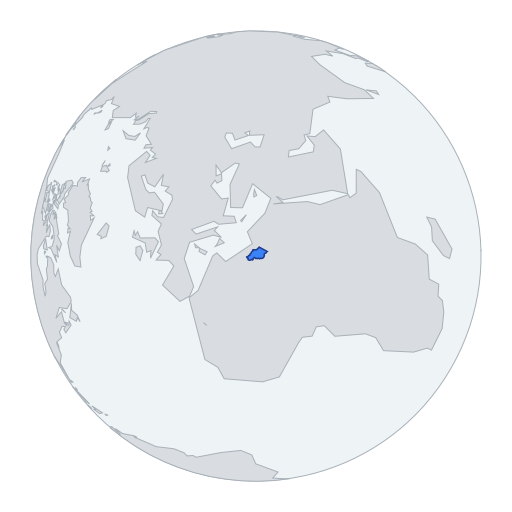 Al Jufrah highlighted on a globe, orthographic projection, rotated 300°
{"feature_id": "LBY-2964", "entity_name": "Al Jufrah", "entity_type": "Municipality", "adm_level": 1, "iso_a3": "LBY", "parent_name": "Libya", "parent_adm1": "", "projection": "orthographic", "projection_center": [16.482, 27.933], "detail": "fine", "context": "on_globe", "style": "filled", "palette": "blue", "viewbox_px": 512, "rotation_deg": 300, "n_neighbors": 0, "source": "natural_earth", "source_scale": "10m", "svg_char_len": 10871}
<svg xmlns="http://www.w3.org/2000/svg" viewBox="0 0 512 512"><g transform="rotate(300 256 256)"><circle cx="256" cy="256" r="225" fill="#eef3f6" stroke="#a8b0b8"/><path d="M260.1,30.8L251.2,30.9L251.4,31.0L258.4,30.9L263.4,31.3L253.1,31.3L260.7,32.1L247.3,33.9L219.2,36.5L212.4,39.7L185.3,48.8L188.5,48.8L180.3,53.1L180.9,54.9L175.7,56.7L180.7,56.8L185.4,54.8L189.1,54.4L189.9,55.5L183.4,57.7L182.1,57.5L180.6,58.7L177.0,59.5L179.2,59.8L171.2,62.7L180.2,61.6L174.8,65.5L169.2,67.0L168.4,64.5L153.5,63.9L147.6,65.8L140.1,70.5L128.8,83.5L122.8,87.0L115.7,93.5L119.6,92.3L126.5,86.9L131.9,86.9L139.8,81.0L143.1,80.4L151.7,75.8L151.8,79.3L147.2,85.3L140.1,89.5L137.9,92.5L145.9,91.2L133.7,102.2L127.7,115.7L124.4,118.7L115.9,118.7L113.0,111.4L102.0,113.9L110.5,115.4L102.1,123.7L101.3,126.7L102.6,128.4L106.3,126.6L103.8,130.4L94.4,129.7L96.5,126.2L99.5,126.3L98.1,123.2L91.7,123.9L88.0,128.6L82.3,126.5L79.5,130.1L76.8,132.1L81.5,126.3L72.8,137.0L65.6,139.9L53.6,159.8L63.9,140.5L66.6,135.0L68.8,130.7L66.8,133.8L68.6,131.0L78.0,117.9L88.3,105.6L99.5,94.0L111.5,83.2L124.2,73.3L137.5,64.4L151.5,56.4L166.0,49.5L181.0,43.6L196.4,38.8L212.1,35.0L227.9,32.5L244.0,31.0L260.1,30.8ZM34.5,215.2L33.6,220.1L35.0,215.2L36.1,216.3L33.7,227.9L36.2,220.5L35.5,229.2L39.2,239.9L38.3,241.7L41.0,264.9L48.0,281.2L49.6,292.1L48.4,296.2L51.7,301.2L51.8,304.8L68.5,324.2L80.0,340.0L81.6,351.9L75.9,359.7L79.9,383.1L72.1,381.5L76.3,390.1L80.1,396.7L70.5,383.8L61.8,370.2L54.2,356.1L47.6,341.4L42.0,326.4L37.5,310.9L34.2,295.2L31.9,279.2L30.8,263.2L30.9,247.1L32.1,231.1L34.5,215.2ZM50.4,165.9L44.7,185.9L44.7,181.1L45.3,180.4L47.4,173.8L50.2,165.4L51.1,162.3L50.4,165.9ZM55.1,159.9L55.8,157.3L55.6,159.0L55.1,159.9ZM151.0,74.3L151.3,75.1L149.6,75.5L151.0,74.3ZM154.5,71.8L152.2,71.8L153.5,70.7L154.9,70.7L154.5,71.8ZM266.7,31.0L270.2,31.3L265.1,31.0L266.7,31.0ZM156.9,72.2L156.1,68.6L158.5,66.7L165.6,65.3L156.9,72.2ZM271.3,31.5L279.9,32.8L283.0,32.8L278.9,33.9L273.0,32.1L266.2,31.5L270.7,31.7L271.3,31.5ZM186.5,53.8L181.6,55.9L184.9,53.3L186.5,53.8ZM187.7,52.3L192.7,46.1L200.3,44.0L197.1,46.3L206.4,43.2L207.7,45.2L202.9,47.4L197.7,48.2L202.1,48.4L187.7,52.3ZM275.3,34.6L276.1,35.2L273.6,34.6L275.3,34.6ZM190.8,54.0L191.2,52.7L197.8,50.8L198.4,53.0L196.0,52.9L190.8,54.0ZM208.2,41.6L213.2,40.8L215.7,42.1L218.0,42.1L208.4,45.1L208.2,41.6ZM194.9,53.9L198.5,54.2L196.1,56.2L191.0,55.1L194.9,53.9ZM199.3,49.4L202.5,48.7L200.9,49.7L199.3,49.4ZM189.6,64.4L189.8,62.5L193.3,61.2L189.6,64.4ZM200.0,54.2L200.8,53.6L202.2,53.0L204.0,53.7L200.0,54.2ZM210.8,46.0L210.7,46.9L214.8,44.8L216.8,46.0L210.0,47.9L213.8,47.6L214.4,48.0L208.2,49.2L210.8,46.0ZM210.0,52.7L202.1,56.1L200.9,59.7L197.8,60.8L200.3,55.0L210.0,52.7ZM209.5,50.5L209.1,52.1L205.4,52.4L203.4,51.7L209.5,50.5ZM220.6,46.3L219.3,43.9L220.8,43.6L220.6,46.3ZM210.4,53.6L212.3,52.8L210.7,53.8L210.4,53.6ZM218.3,48.3L217.6,47.4L219.3,47.1L218.3,48.3ZM216.6,52.1L214.1,53.1L212.6,52.5L216.6,52.1ZM218.0,50.3L220.5,50.1L213.6,51.6L217.4,49.9L218.0,50.3ZM220.0,48.2L220.8,47.7L220.0,48.6L220.0,48.2ZM223.6,54.1L215.3,56.2L212.1,54.8L220.6,52.8L223.6,54.1ZM339.2,46.6L336.3,45.6L311.0,38.1L321.7,40.9L320.4,40.9L324.9,42.4L332.3,44.7L332.5,44.6L350.1,53.6L370.2,64.3L366.0,60.6L369.1,61.7L388.3,73.7L417.6,99.6L422.1,103.8L423.5,105.3L427.9,110.3L430.7,113.8L424.9,107.1L424.4,107.2L420.4,103.0L425.7,110.4L420.2,104.7L427.0,113.8L430.7,116.9L428.0,112.0L436.2,123.1L440.8,127.6L447.5,137.5L460.9,163.0L465.2,176.0L466.7,180.0L465.2,178.9L468.0,189.8L474.9,204.7L476.4,210.8L478.7,228.6L477.8,224.3L473.8,221.3L476.6,237.2L479.8,243.3L481.0,255.7L480.1,255.8L478.5,245.3L476.9,243.8L474.8,230.4L468.7,214.4L467.5,222.6L465.2,214.9L456.6,204.3L453.6,215.9L450.5,246.2L454.1,266.7L451.2,279.0L437.7,256.3L430.2,238.3L426.3,243.0L411.6,232.0L388.9,241.4L384.9,237.1L380.8,241.4L370.3,239.4L363.9,232.0L357.9,234.5L374.9,253.6L381.2,251.0L385.4,240.1L389.0,247.6L399.0,251.5L390.8,275.6L355.8,304.2L351.1,289.2L317.9,250.9L318.2,245.7L318.0,245.1L317.5,244.2L315.8,252.8L309.7,244.9L328.8,273.2L332.5,285.8L355.3,305.3L353.5,308.2L360.5,311.4L381.2,299.5L381.6,304.7L372.6,331.3L342.7,369.2L346.0,387.9L342.7,404.1L322.6,417.6L322.9,428.4L312.3,433.7L310.6,439.7L301.3,446.7L286.2,453.5L262.2,455.0L261.8,450.3L251.6,440.6L237.8,413.8L245.1,400.6L243.4,389.8L225.9,364.4L229.8,350.0L224.8,343.6L214.7,344.7L208.8,336.8L202.6,336.2L163.0,336.7L150.3,324.6L133.8,289.9L140.5,278.6L140.8,263.5L186.3,218.9L197.1,223.1L234.3,218.5L239.1,220.5L236.0,232.5L264.8,246.7L272.7,236.4L297.6,242.3L313.4,240.0L316.9,216.9L291.0,220.2L285.3,209.8L305.0,197.7L327.5,195.6L326.0,191.5L310.8,184.4L314.8,175.9L305.4,181.4L310.0,185.0L304.2,188.8L299.6,185.8L301.2,182.7L294.2,181.7L288.2,197.6L292.3,203.0L274.4,207.5L279.5,217.2L275.0,222.3L264.8,207.8L265.0,202.2L246.8,187.0L245.0,193.1L262.0,208.2L257.2,207.2L254.8,216.7L252.8,208.7L234.7,191.6L217.9,195.1L198.3,217.3L188.1,218.5L178.7,212.9L184.1,189.6L206.3,189.9L208.5,182.6L202.5,171.5L209.8,172.9L210.0,168.7L218.3,168.6L228.4,158.9L236.5,158.0L239.1,145.6L243.6,143.8L240.8,151.4L243.2,156.7L263.3,155.4L266.7,152.6L266.8,144.9L272.3,146.0L269.8,138.7L280.6,135.0L265.3,133.8L265.0,125.8L270.7,119.3L267.8,116.7L258.5,127.4L257.2,132.0L260.5,136.1L254.7,149.6L248.1,152.1L243.8,137.9L234.0,140.2L234.9,128.9L259.7,105.6L270.7,100.9L291.9,109.0L290.2,114.0L281.7,113.4L290.8,120.9L289.5,116.9L294.0,118.1L294.9,111.5L298.2,112.1L293.3,105.1L297.4,105.1L300.4,109.5L305.2,100.7L313.3,99.4L312.8,97.3L310.0,95.3L322.3,95.6L321.3,94.0L317.0,93.2L312.3,89.7L308.8,84.0L313.2,84.3L315.1,86.5L325.7,92.0L329.9,98.2L331.4,97.8L328.8,92.6L315.9,85.8L312.5,82.3L318.9,84.7L316.3,83.5L316.1,82.0L319.9,80.9L313.0,78.0L304.0,62.4L310.6,59.6L317.3,63.0L315.7,54.6L323.3,53.5L319.2,52.6L315.7,48.8L313.3,49.1L311.1,48.4L300.9,40.5L302.0,39.5L293.0,36.4L290.9,36.1L289.7,36.6L278.9,33.9L283.0,32.8L287.6,33.4L287.1,32.9L297.5,34.6L305.8,36.3L317.5,39.4L323.1,41.0L322.2,40.7L339.2,46.6ZM172.1,243.7L171.2,248.2L172.1,243.7ZM352.5,205.0L365.1,202.4L357.2,189.9L361.3,188.1L357.1,184.8L356.5,189.1L345.9,179.8L350.5,174.3L347.8,168.8L343.4,169.4L336.7,181.2L351.9,194.2L350.0,200.7L352.5,205.0ZM39.4,240.1L39.5,243.7L38.7,242.0L39.4,240.1ZM43.0,184.8L42.6,187.3L41.8,190.2L41.8,189.0L43.0,184.8ZM43.7,204.0L44.1,207.6L43.0,205.7L43.7,204.0ZM44.2,188.8L43.4,201.5L41.4,199.5L42.2,191.7L42.6,194.4L44.2,188.8ZM51.9,165.0L51.2,167.2L50.3,168.8L51.9,165.0ZM54.9,161.2L54.9,160.8L55.9,158.5L54.9,161.2ZM102.7,123.7L103.4,123.9L103.9,126.3L102.1,126.5L102.7,123.7ZM115.5,130.5L111.1,136.6L113.0,132.1L109.7,133.1L109.5,125.6L122.7,119.8L116.8,123.5L115.5,130.5ZM113.0,114.7L111.6,119.6L112.6,114.5L113.0,114.7ZM203.5,147.8L206.8,150.5L204.3,155.2L194.0,157.9L197.4,151.0L203.5,147.8ZM211.9,153.5L210.5,139.6L216.9,137.8L213.6,141.1L217.9,141.3L213.7,146.7L221.2,159.4L219.5,164.4L201.3,165.7L208.2,162.3L204.6,159.5L211.9,153.5ZM195.7,112.3L195.2,107.7L209.7,109.7L208.5,113.8L198.1,116.4L193.4,113.0L195.7,112.3ZM169.6,71.0L168.5,70.2L170.3,69.4L172.7,69.5L169.6,71.0ZM189.4,63.6L176.5,74.2L174.5,73.7L169.3,81.4L162.1,83.1L165.7,77.9L156.3,85.3L156.7,81.4L150.9,86.7L159.7,75.1L159.6,72.3L162.4,74.6L169.0,73.0L171.9,71.5L179.9,65.4L183.1,59.2L190.2,57.2L194.3,57.4L194.6,58.6L189.9,59.4L193.7,60.4L187.2,62.6L189.4,63.6ZM238.7,69.2L233.1,68.3L239.6,73.3L233.1,74.4L234.3,74.9L230.1,77.4L226.9,81.6L223.8,81.6L223.9,83.2L221.1,85.2L220.3,87.5L214.4,88.6L212.8,91.7L210.9,90.4L209.8,95.6L208.0,92.3L204.2,94.9L208.0,96.8L178.2,99.3L167.1,103.9L158.9,109.9L156.8,104.1L163.1,95.2L173.7,86.2L184.6,83.0L181.7,81.3L186.1,79.4L186.6,81.5L188.4,77.2L192.2,76.3L201.6,70.1L201.9,65.0L205.4,62.9L207.1,64.5L209.3,61.4L214.9,63.0L217.5,61.7L225.6,62.2L227.4,66.5L230.2,64.7L236.5,65.4L238.7,69.2ZM225.8,54.3L229.5,58.5L227.7,61.3L214.3,59.3L211.2,60.3L202.6,59.6L205.3,55.7L207.5,56.2L210.3,55.8L208.4,57.1L212.0,55.7L215.2,56.5L218.9,55.7L219.1,57.2L225.8,54.3ZM243.9,215.9L247.5,216.4L253.0,215.7L251.6,221.9L243.9,215.9ZM231.4,204.4L234.5,203.6L235.3,211.5L231.5,211.3L231.4,204.4ZM235.7,196.8L234.7,203.0L233.0,199.5L235.7,196.8ZM243.7,150.5L247.0,149.5L247.6,151.2L246.1,154.0L243.7,150.5ZM256.6,86.3L253.7,84.8L254.5,83.9L251.7,79.1L256.3,78.2L259.8,80.8L256.6,86.3ZM312.8,221.4L308.7,226.4L306.1,224.6L308.1,223.2L312.8,221.4ZM279.0,224.9L287.0,227.0L278.5,226.5L279.0,224.9ZM261.1,84.5L259.5,82.6L262.8,83.4L261.1,84.5ZM259.6,77.4L263.4,77.8L256.6,77.5L259.6,77.4ZM373.0,448.5L374.1,447.9L373.0,448.5ZM377.5,392.7L360.0,422.3L350.5,424.9L350.1,418.1L357.4,401.1L369.0,393.5L375.1,384.4L377.5,392.7ZM480.3,276.5L480.1,275.1L476.0,257.4L477.6,254.2L481.0,260.5L480.9,264.1L481.0,266.3L480.3,276.5ZM454.9,268.2L459.1,277.6L457.2,281.5L454.9,268.2ZM468.9,185.5L469.5,189.0L468.4,186.3L467.0,180.2L468.9,185.5ZM298.1,78.2L296.8,85.6L298.9,91.2L304.9,94.4L295.9,93.4L292.6,84.7L298.1,78.2ZM302.8,64.1L297.5,61.9L300.1,61.2L301.6,61.6L302.8,64.1ZM299.4,63.9L292.5,64.5L289.7,62.2L295.7,62.2L299.4,63.9ZM276.9,73.5L276.2,75.7L273.5,74.8L276.9,73.5ZM380.0,67.9L366.0,60.1L361.9,57.9L371.6,62.7L372.7,63.3L373.8,64.0L377.6,66.3L380.0,67.9ZM278.3,35.1L276.3,35.2L277.0,34.8L278.3,35.1ZM309.8,48.7L306.9,47.7L307.9,47.1L309.8,48.7ZM299.4,45.0L300.4,46.4L297.5,44.7L299.4,45.0ZM302.9,49.7L299.9,46.8L305.4,49.9L302.9,49.7Z" fill="#d9dde1" stroke="#a8b0b8" stroke-width="1"/><path d="M248.9,250.9L249.2,250.8L249.7,250.5L249.9,250.4L250.1,250.2L250.1,249.7L250.0,249.4L250.0,249.1L250.1,248.9L250.3,248.6L250.5,248.4L250.6,248.5L250.9,248.7L251.1,249.0L251.6,249.2L252.0,249.3L252.3,249.4L252.7,249.4L252.9,249.5L253.0,249.6L253.2,250.0L253.5,250.2L253.9,250.3L254.2,250.1L254.5,249.9L254.8,249.8L255.3,250.0L255.6,250.1L255.8,250.2L256.2,250.3L256.9,250.2L257.3,250.1L257.7,250.1L258.1,250.4L258.6,250.6L258.9,250.7L259.3,250.4L259.5,250.2L259.8,250.2L260.1,250.5L260.1,250.8L260.3,251.1L260.6,251.5L260.9,251.8L261.0,252.3L261.2,252.8L261.5,253.2L262.0,253.5L262.6,253.7L263.0,253.8L263.0,253.7L263.7,253.9L264.7,254.2L265.3,254.3L265.4,259.5L265.5,261.5L265.5,263.5L265.3,263.4L265.0,263.3L264.5,263.2L263.9,263.1L263.5,263.0L263.2,263.0L262.8,262.6L262.5,262.3L262.1,262.1L261.6,262.2L261.2,262.4L261.0,262.6L260.6,263.0L260.3,263.0L259.8,263.1L259.6,263.3L259.3,263.4L258.8,263.2L258.2,263.1L257.6,263.0L257.4,262.7L257.1,262.5L256.9,262.3L256.5,261.9L256.3,261.5L256.3,261.1L256.1,260.8L255.9,260.7L255.6,260.6L255.4,260.5L255.3,260.3L255.3,259.9L255.3,259.7L255.3,259.4L255.2,259.1L255.0,258.9L254.8,258.7L254.5,258.6L254.4,258.5L254.3,258.2L254.2,257.8L253.9,257.3L253.6,256.9L253.6,256.7L253.7,256.4L253.9,256.1L254.0,255.7L253.9,255.4L253.6,255.1L253.4,255.0L252.9,254.9L252.6,254.9L252.2,254.9L251.7,255.2L251.3,255.2L250.9,255.1L250.8,254.8L250.8,254.5L250.7,254.1L250.3,253.7L249.7,253.2L249.3,252.9L249.1,252.5L248.9,252.2L248.9,251.8L248.9,251.3L248.9,250.9Z" fill="#3b82f6" stroke="#1e3a8a" stroke-width="1.5"/></g></svg>